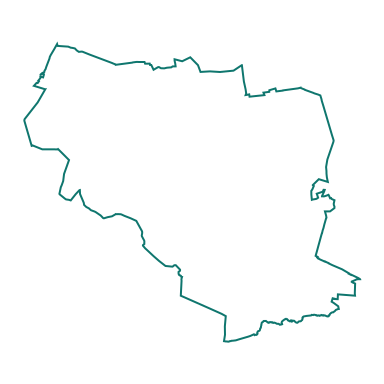 the district of Katvaru pag., Limbaži, Latvia, rotated 269°
{"feature_id": "27541924B50356966028149", "entity_name": "Katvaru pag.", "entity_type": "district", "adm_level": 2, "iso_a3": "LVA", "parent_name": "Latvia", "parent_adm1": "Limbaži", "projection": "mercator", "projection_center": [24.779, 57.591], "detail": "fine", "context": "isolated", "style": "outline", "palette": "teal", "viewbox_px": 384, "rotation_deg": 269, "n_neighbors": 0, "source": "geoboundaries", "source_scale": "gbopen_adm2", "svg_char_len": 5749}
<svg xmlns="http://www.w3.org/2000/svg" viewBox="0 0 384 384"><g transform="rotate(269 192 192)"><path d="M173.7,95.2L170.1,100.3L167.5,102.7L167.3,103.2L167.3,103.7L168.3,107.2L169.1,111.6L171.1,115.2L171.3,115.4L171.1,116.3L171.2,117.6L171.0,120.3L170.8,121.0L169.3,124.1L166.8,130.2L164.1,135.8L154.1,141.1L153.4,141.4L152.7,141.5L151.3,141.4L149.3,141.0L148.7,141.1L146.1,142.4L144.4,143.3L143.6,143.5L140.8,143.4L139.8,142.1L139.2,142.0L136.6,144.1L128.5,152.5L123.7,157.8L118.5,164.2L117.7,171.1L117.8,171.4L119.0,172.9L119.1,173.2L119.1,174.5L114.8,178.5L114.5,178.7L113.8,178.7L113.3,178.5L112.8,177.7L112.4,177.2L112.2,177.2L111.2,177.1L110.0,177.3L109.4,177.6L109.4,177.9L109.4,178.0L109.2,178.2L108.7,178.5L108.6,179.0L108.4,179.4L107.8,179.7L107.7,179.7L107.2,179.9L107.1,180.1L107.1,180.5L105.1,179.9L103.4,180.0L88.5,179.0L75.2,207.7L69.6,219.6L67.3,223.6L57.1,222.5L48.7,222.5L42.3,221.4L42.2,222.1L42.0,223.0L41.9,224.6L41.7,225.6L41.8,226.4L42.0,226.6L42.3,227.5L42.2,228.2L42.4,228.5L42.6,229.1L42.6,230.2L42.9,233.2L43.8,236.2L46.4,245.7L47.1,247.9L48.6,251.3L47.9,252.0L48.3,252.4L48.2,252.6L47.9,253.5L48.0,253.8L48.5,254.7L49.1,255.0L49.6,254.7L49.8,254.7L50.0,255.0L50.6,255.0L51.2,255.2L51.7,255.7L51.8,256.2L52.2,257.1L52.6,257.4L54.0,257.8L54.4,257.8L54.5,257.9L54.7,258.2L55.7,258.6L56.4,258.6L57.5,259.0L58.3,259.0L58.9,259.3L59.6,259.3L59.9,259.4L60.5,259.9L60.7,260.5L61.3,260.9L61.8,261.5L61.8,261.8L61.8,262.1L61.7,262.6L61.8,263.6L60.8,264.8L60.5,265.4L60.0,265.8L59.9,266.0L59.9,266.4L60.3,266.7L60.4,266.9L60.2,267.2L60.3,267.4L60.5,267.7L60.6,267.9L60.4,268.4L60.4,269.3L60.5,269.6L59.9,270.0L59.9,270.3L60.0,270.7L59.7,271.4L59.9,271.7L59.9,272.3L59.4,273.5L59.0,274.1L58.8,274.5L58.7,274.9L58.8,275.8L58.6,276.4L58.5,276.6L57.8,277.4L57.7,277.6L57.8,277.9L58.0,279.2L58.2,279.7L58.4,279.6L58.9,279.7L59.4,279.3L60.1,279.4L60.9,279.7L61.8,280.7L63.0,282.4L63.3,283.1L63.2,283.1L63.3,284.7L63.1,285.0L62.6,285.4L62.1,285.6L61.9,286.2L61.6,286.3L61.2,287.4L60.9,287.7L61.0,288.1L61.9,288.6L61.9,289.0L61.6,289.0L61.4,289.2L60.7,289.6L60.9,290.1L61.6,290.5L61.5,291.7L61.4,292.0L60.5,292.8L59.7,293.8L59.5,294.4L59.4,294.9L59.5,295.1L59.7,295.5L60.4,296.2L60.7,296.6L60.8,297.1L60.8,298.1L61.0,298.7L61.7,299.3L62.1,299.9L63.5,300.4L63.9,300.2L64.3,300.3L64.5,300.5L64.7,300.4L65.1,300.7L65.6,301.4L66.1,304.4L66.5,308.9L66.8,309.2L67.1,309.6L66.8,310.9L66.9,311.3L67.2,311.8L66.9,313.2L66.8,313.8L66.6,313.8L66.3,314.5L66.1,315.1L66.2,315.5L66.5,315.9L66.2,316.7L66.2,317.1L66.3,317.4L66.3,317.5L66.1,317.6L66.2,317.8L66.3,318.6L66.8,319.1L66.7,319.5L66.5,319.9L66.5,320.1L66.3,320.3L66.3,320.5L66.6,320.8L66.6,321.0L66.4,321.3L66.2,321.3L66.1,321.6L66.4,322.0L66.3,322.3L66.2,323.0L66.0,323.3L65.9,323.6L65.5,324.3L65.2,325.3L65.3,325.7L65.3,326.3L65.4,326.5L66.2,326.5L66.4,326.8L66.6,327.4L67.6,327.8L68.0,328.2L68.6,328.9L68.7,329.2L69.0,329.6L69.2,330.1L69.3,330.6L69.2,331.0L70.5,332.8L71.6,333.8L71.9,334.5L72.1,335.2L72.4,335.8L72.5,336.7L75.2,336.2L78.7,331.6L79.9,329.7L83.3,330.8L82.7,333.1L82.5,332.9L82.3,335.8L87.1,336.1L85.5,353.2L87.6,353.0L97.6,353.5L98.8,350.9L99.4,350.1L99.7,350.2L101.1,353.7L101.7,354.9L101.9,356.4L101.9,358.4L102.1,358.3L102.6,356.8L103.0,356.9L106.7,349.5L106.4,349.4L107.6,347.2L108.0,347.4L112.1,340.7L116.4,331.1L118.3,327.3L118.6,327.3L119.3,325.6L120.0,324.3L119.8,324.3L120.2,323.2L120.8,322.1L122.0,319.5L123.3,317.0L123.6,317.2L124.4,316.0L125.0,316.4L126.0,314.5L132.4,316.4L134.5,317.0L147.1,320.7L148.6,321.2L148.6,321.3L151.4,322.0L153.6,322.8L157.4,323.8L163.6,325.7L163.9,326.0L166.0,325.7L170.3,324.6L170.2,329.7L173.4,334.1L174.9,334.2L176.5,333.6L177.8,333.5L181.3,334.3L182.6,331.5L183.5,331.0L183.3,330.0L185.5,329.1L186.8,328.4L186.0,326.3L185.4,324.3L185.3,323.7L185.4,322.7L185.4,321.9L185.6,321.9L190.1,324.1L191.8,324.7L191.9,323.6L190.0,322.7L188.1,316.7L184.1,318.0L183.2,316.7L182.9,316.0L182.4,312.7L182.1,311.7L187.2,311.3L191.0,311.3L192.6,312.4L195.9,313.9L196.7,312.9L196.8,312.9L202.6,319.0L199.7,328.0L204.3,327.1L208.0,326.8L210.7,326.8L214.6,326.5L222.1,327.9L239.8,334.3L241.2,334.5L246.6,332.9L275.9,324.8L281.1,323.3L282.5,323.1L286.3,322.0L287.2,319.9L288.5,316.0L289.0,315.0L292.2,306.6L292.5,306.4L292.8,305.6L294.2,302.3L294.4,302.3L293.8,299.9L293.1,294.0L292.0,284.7L291.8,284.6L291.1,278.1L294.1,277.2L292.4,271.1L290.8,271.0L290.1,265.2L287.6,266.1L286.3,251.2L288.6,250.9L288.2,248.8L288.0,247.3L289.6,247.9L293.6,247.4L301.6,245.8L317.9,244.1L317.9,243.9L312.7,235.8L312.6,235.6L311.5,222.1L312.3,212.0L312.1,207.4L311.9,202.6L318.7,200.2L326.7,192.6L322.9,184.5L325.0,176.9L323.5,176.9L320.6,177.5L317.9,177.8L317.9,174.8L317.0,173.5L316.7,169.1L316.1,166.4L316.3,163.1L317.4,161.3L317.5,160.4L314.9,155.7L319.7,153.5L319.7,152.3L321.1,152.0L321.1,147.4L322.8,146.8L323.0,138.6L322.6,135.0L322.4,134.6L320.5,117.9L320.9,117.8L321.8,115.5L322.3,114.5L331.2,92.0L334.2,84.9L334.3,84.0L334.1,81.3L335.6,79.2L337.6,77.4L338.2,74.8L338.4,73.3L339.5,70.8L340.4,60.2L342.3,59.7L337.0,56.6L331.5,53.2L329.6,52.2L327.9,51.8L319.7,48.5L317.3,47.7L315.9,46.7L314.5,46.4L313.5,44.3L312.2,42.8L312.0,43.0L312.8,44.6L313.2,45.7L312.0,46.0L309.2,45.1L309.7,43.5L310.0,42.4L308.6,42.4L305.9,40.2L305.4,40.9L303.7,39.7L303.6,39.4L303.8,38.5L300.9,35.8L297.3,46.9L297.3,47.1L284.3,39.3L268.0,26.1L267.5,25.8L266.9,25.7L266.2,25.6L240.9,32.5L241.0,32.9L241.5,33.1L237.3,43.0L237.1,53.9L236.9,58.3L237.3,58.8L226.1,69.6L212.3,64.4L205.2,63.4L201.2,61.9L199.0,60.9L192.5,59.4L192.0,59.6L187.6,64.8L186.8,65.9L186.3,68.9L185.7,70.6L191.9,75.7L195.8,79.5L195.9,79.9L192.1,80.0L191.5,80.2L183.1,83.6L181.0,83.9L179.2,85.7L178.9,86.0L177.4,88.7L175.7,90.5L175.5,90.8L174.2,94.2L173.7,95.2Z" fill="none" stroke="#0f766e" stroke-width="2"/></g></svg>